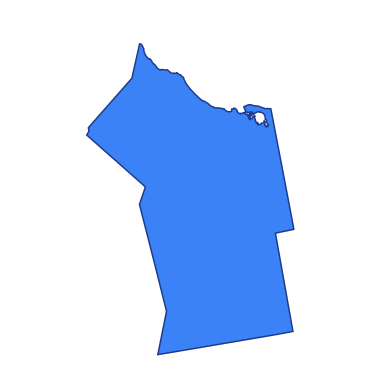 Magallanes, Santa Cruz, Argentina (Equal Earth projection), rotated 260°
{"feature_id": "61730980B60081089408424", "entity_name": "Magallanes", "entity_type": "district", "adm_level": 2, "iso_a3": "ARG", "parent_name": "Argentina", "parent_adm1": "Santa Cruz", "projection": "equal_earth", "projection_center": [-67.392, -48.773], "detail": "fine", "context": "isolated", "style": "filled", "palette": "blue", "viewbox_px": 384, "rotation_deg": 260, "n_neighbors": 0, "source": "geoboundaries", "source_scale": "gbopen_adm2", "svg_char_len": 5866}
<svg xmlns="http://www.w3.org/2000/svg" viewBox="0 0 384 384"><g transform="rotate(260 192 192)"><path d="M37.0,252.2L37.2,267.2L137.0,267.0L137.6,285.8L151.9,285.7L260.3,284.1L260.6,283.3L260.6,282.6L260.8,282.0L261.0,281.4L261.1,280.9L261.1,280.2L261.2,279.2L261.7,277.9L262.0,277.3L263.0,275.8L263.4,274.9L263.6,274.5L263.8,274.1L264.0,273.8L264.1,273.6L264.6,273.0L265.0,272.3L265.2,271.8L265.7,270.0L266.0,268.7L266.1,268.3L266.6,267.2L266.9,266.8L267.3,265.8L267.4,265.6L267.7,265.1L268.0,264.1L268.0,263.3L267.9,261.3L267.8,261.1L267.5,260.9L267.4,260.7L267.4,260.1L267.4,259.6L267.1,258.2L267.0,257.9L266.8,257.8L265.6,258.2L265.1,258.1L264.5,258.2L264.4,258.4L263.5,258.9L262.8,258.6L261.1,258.5L261.1,259.1L261.5,259.6L261.4,260.0L260.7,260.5L260.6,260.9L260.5,261.6L260.6,263.3L260.6,264.5L260.3,265.1L259.6,265.6L258.4,265.7L257.8,265.9L257.9,266.3L258.5,267.3L259.5,270.4L259.5,270.9L259.3,272.0L258.7,272.6L258.7,273.1L258.5,274.1L257.6,275.3L256.2,276.4L254.7,277.0L253.3,277.1L252.8,277.0L251.9,277.0L251.4,276.8L251.0,276.7L250.3,277.6L249.5,277.8L249.1,277.7L248.3,277.6L247.8,277.6L246.4,278.1L245.9,278.3L245.4,278.7L245.0,279.1L244.7,278.9L244.7,278.5L244.5,278.3L244.2,278.7L243.8,278.5L243.8,277.8L243.5,277.0L243.1,276.8L243.0,276.5L243.5,276.4L244.2,276.4L244.9,276.2L244.9,275.1L246.0,275.3L246.6,275.6L247.1,275.9L248.7,276.0L249.0,275.6L250.0,275.7L249.7,275.5L248.4,274.9L248.1,274.5L247.5,273.3L247.5,272.7L247.7,272.2L246.9,271.5L246.5,270.5L246.6,270.0L246.8,269.8L246.9,269.3L247.1,268.9L247.6,269.1L247.7,268.8L247.2,268.5L247.7,268.3L247.7,268.5L248.2,268.7L248.8,268.8L249.0,268.7L248.8,268.2L248.9,267.5L249.5,267.2L249.7,267.3L250.1,267.0L250.8,267.1L250.9,266.8L251.2,266.6L251.4,266.6L251.9,266.7L252.2,266.8L252.9,266.9L253.4,266.4L254.1,266.3L254.7,266.4L255.1,266.7L255.3,266.7L255.2,267.0L255.4,267.2L255.8,267.3L256.0,267.1L256.2,266.6L256.2,266.4L255.9,265.9L255.5,265.5L255.5,265.1L255.5,264.9L255.0,264.6L254.6,264.2L254.1,263.8L253.9,263.6L253.9,263.3L253.7,262.9L253.4,261.9L253.2,261.7L253.2,261.3L253.4,261.2L253.8,261.3L253.9,261.2L254.2,261.1L254.5,260.8L254.9,260.6L255.9,260.5L256.3,260.6L257.1,260.5L257.3,260.3L257.6,260.3L257.8,260.2L258.2,259.8L258.9,259.4L259.0,259.0L259.3,258.8L259.5,258.4L259.5,258.2L259.8,258.1L259.9,257.7L260.1,257.6L260.4,257.5L260.9,257.4L261.1,257.3L261.2,256.4L260.4,254.1L260.4,253.8L260.6,253.5L260.9,253.5L260.9,253.3L261.1,253.2L261.1,252.7L261.2,252.2L261.5,251.5L262.0,251.3L262.2,251.1L262.9,250.8L263.3,250.7L263.8,250.4L264.5,250.6L264.7,250.3L265.0,250.3L265.2,250.1L265.9,249.6L266.2,249.5L266.3,249.5L266.9,249.0L267.1,248.6L267.1,248.3L267.3,247.9L267.1,247.6L266.9,247.4L266.7,247.2L266.6,246.7L266.5,246.1L266.6,245.9L266.9,245.8L266.9,245.6L266.6,245.5L265.7,245.2L265.4,245.0L265.0,245.1L264.8,245.0L264.6,244.6L264.5,244.2L264.4,243.9L264.4,243.3L264.6,242.5L264.7,242.0L265.2,240.9L265.5,240.4L266.2,239.4L266.7,239.0L267.2,238.7L268.1,238.3L268.2,238.2L268.4,237.9L268.5,237.8L268.5,237.6L268.3,237.0L268.3,236.8L268.5,236.4L268.8,236.2L269.1,236.0L269.1,235.9L269.3,235.6L269.4,235.1L269.6,234.5L269.7,234.1L270.2,232.7L270.3,231.3L270.5,230.9L270.6,230.7L270.8,229.9L271.0,229.3L271.2,228.9L271.8,228.0L272.4,227.2L272.6,226.8L273.3,225.8L274.0,225.0L274.2,224.9L274.8,224.3L275.8,223.7L276.0,223.4L276.8,222.7L277.6,221.7L278.0,221.3L278.6,220.7L279.1,220.1L279.4,219.9L279.6,219.5L279.7,219.3L279.7,218.8L279.9,218.4L280.2,218.0L280.8,217.5L281.5,216.9L282.6,215.9L284.2,214.7L284.8,214.2L286.4,213.1L286.6,212.9L287.0,212.6L287.4,212.3L288.3,211.7L289.9,210.6L290.6,210.2L291.2,209.8L291.9,209.3L293.3,208.4L297.0,206.4L298.2,205.8L300.3,204.9L301.4,204.5L304.0,203.8L304.9,203.6L305.8,203.5L306.3,203.5L306.6,203.3L306.8,202.9L307.3,202.4L308.2,201.8L309.2,201.3L309.6,200.8L309.6,200.3L309.8,200.0L310.1,199.6L310.2,199.4L310.6,199.1L310.8,198.9L311.2,198.6L311.4,198.3L312.1,197.9L312.1,197.6L311.8,197.5L311.6,197.3L311.6,196.9L311.6,196.6L311.7,196.3L311.9,195.7L312.1,195.4L312.3,195.2L312.0,194.8L311.9,194.5L312.0,194.1L312.1,193.6L312.5,193.0L312.7,192.6L312.8,192.3L312.9,192.1L313.5,191.6L313.9,191.1L314.1,191.0L314.3,190.9L314.6,190.5L314.9,190.3L315.9,189.6L316.0,189.4L316.6,189.0L316.6,188.9L316.6,188.5L316.7,188.2L316.8,187.6L316.8,187.2L316.9,186.1L317.3,185.2L317.6,184.3L317.8,183.9L317.7,183.5L317.7,183.4L317.8,183.1L318.0,182.9L317.9,182.4L317.7,182.0L317.8,181.8L318.1,181.3L318.3,181.0L318.6,180.8L318.7,180.5L318.9,180.2L319.4,179.8L319.6,179.7L320.7,179.0L322.6,178.1L323.5,177.7L324.0,177.4L324.7,176.7L325.6,175.9L326.2,175.5L326.6,175.4L328.1,175.0L329.0,174.6L329.4,174.3L329.7,174.1L330.3,173.7L330.6,173.5L330.4,173.3L330.4,173.1L331.0,172.2L331.4,171.8L332.0,171.3L332.5,171.2L333.3,170.7L333.9,170.4L335.1,169.9L336.7,169.5L337.4,169.4L338.5,169.2L339.3,169.2L340.4,169.2L341.5,169.4L341.8,169.2L342.0,169.2L342.5,169.0L343.3,168.7L343.9,168.7L344.1,168.7L344.8,168.3L345.5,168.1L345.7,167.9L346.4,167.6L346.5,167.4L346.9,166.9L347.0,166.5L347.0,166.4L347.0,166.2L346.9,166.1L314.4,152.5L306.4,142.5L273.3,101.1L269.6,101.0L266.4,98.2L205.1,147.0L188.9,138.1L153.5,140.8L118.5,143.4L78.9,146.2L37.8,130.1L37.6,152.8L37.0,252.2ZM258.4,260.6L258.8,260.3L258.7,260.0L258.5,259.9L258.2,260.3L258.0,260.5L257.8,260.6L257.6,260.5L256.8,260.7L256.3,260.7L256.0,260.8L255.5,260.8L255.3,260.7L255.2,260.7L255.2,260.8L254.9,261.0L254.5,261.1L254.1,261.3L254.1,261.5L254.7,262.1L255.1,262.2L255.4,262.3L255.8,262.5L256.2,262.6L256.3,262.5L256.5,262.5L257.2,262.6L257.3,262.6L257.9,261.8L258.0,261.1L258.4,260.6ZM258.5,264.3L259.0,263.8L259.5,263.6L259.6,263.4L259.7,263.2L259.5,262.7L259.3,262.6L259.2,262.3L258.6,262.3L258.3,262.7L258.0,263.2L257.6,263.5L257.1,263.7L257.0,263.8L257.0,264.0L257.4,264.2L257.4,264.4L257.6,264.5L258.0,264.4L258.3,264.4L258.5,264.3Z" fill="#3b82f6" stroke="#1e3a8a" stroke-width="1.5"/></g></svg>